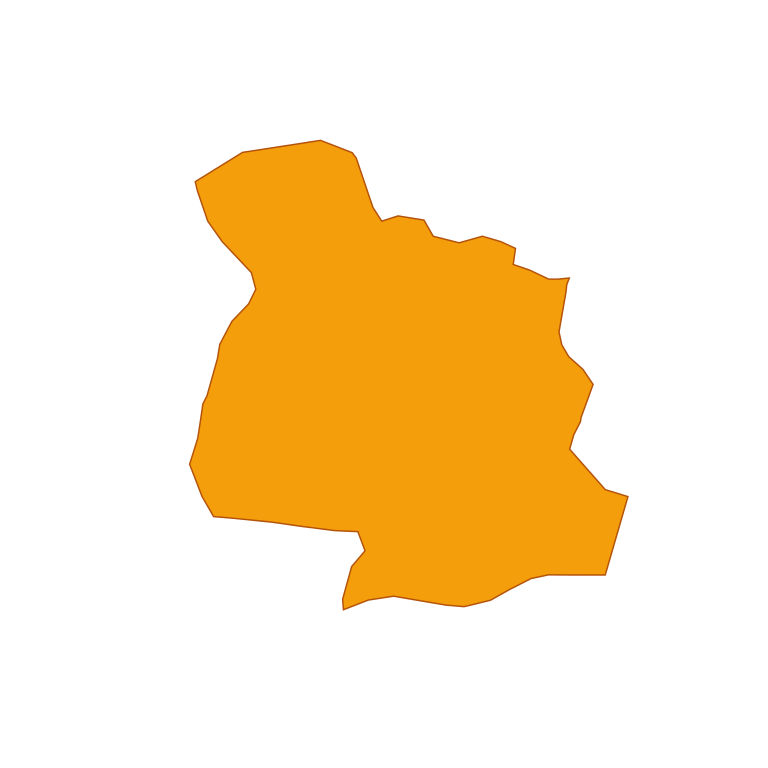 the district of Moba, Ekiti, Nigeria, rotated 243°
{"feature_id": "59680162B58812788921078", "entity_name": "Moba", "entity_type": "district", "adm_level": 2, "iso_a3": "NGA", "parent_name": "Nigeria", "parent_adm1": "Ekiti", "projection": "equal_earth", "projection_center": [5.122, 7.996], "detail": "fine", "context": "isolated", "style": "filled", "palette": "amber", "viewbox_px": 768, "rotation_deg": 243, "n_neighbors": 0, "source": "geoboundaries", "source_scale": "gbopen_adm2", "svg_char_len": 1167}
<svg xmlns="http://www.w3.org/2000/svg" viewBox="0 0 768 768"><g transform="rotate(243 384 384)"><path d="M113.4,494.4L172.9,550.2L189.4,533.2L241.6,519.8L252.6,530.0L261.2,541.9L264.6,544.3L288.7,570.1L301.6,568.5L306.6,567.9L324.5,561.0L338.3,560.2L351.0,563.6L383.6,588.1L389.5,591.9L394.3,597.2L398.3,587.0L398.8,585.9L402.7,578.3L419.2,565.6L431.8,553.4L445.1,562.7L457.8,552.7L471.0,538.7L475.7,515.0L493.3,494.9L511.9,494.0L527.4,472.8L530.1,455.9L546.4,454.3L597.8,461.8L604.5,460.7L629.9,438.0L654.6,363.1L650.0,307.7L641.2,305.5L609.0,300.9L584.2,304.5L543.4,316.4L526.6,312.8L516.8,299.7L508.9,277.0L498.2,261.8L493.8,255.6L482.3,247.2L453.9,221.0L448.5,213.6L435.3,204.3L420.3,193.5L409.0,182.5L406.9,180.4L400.8,174.4L366.2,170.8L351.4,171.6L343.2,172.0L334.3,186.4L312.2,220.8L311.3,222.1L294.5,246.0L275.8,273.5L270.9,282.1L264.3,293.7L252.1,292.3L244.0,291.4L236.0,272.3L211.2,249.6L210.4,249.2L201.3,245.4L198.6,272.0L190.6,296.2L159.1,338.5L155.4,344.4L149.3,354.2L148.6,356.9L146.2,367.0L143.2,379.9L143.0,380.8L143.9,402.6L143.9,426.7L140.4,439.7L139.4,443.7L130.1,461.7L113.4,494.4Z" fill="#f59e0b" stroke="#b45309" stroke-width="1.5"/></g></svg>